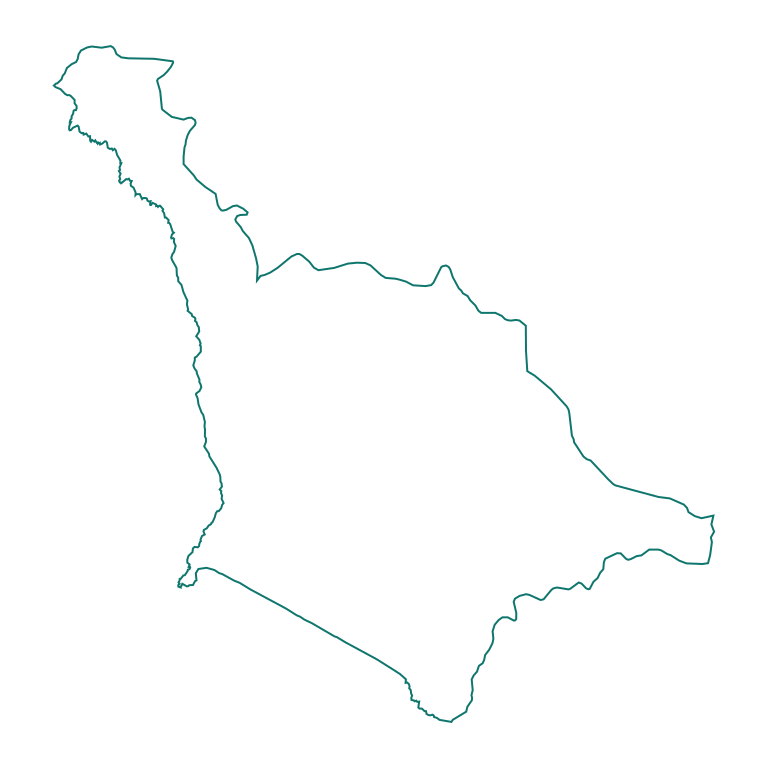 Ilo, Moquegua, Peru (orthographic projection)
{"feature_id": "86281439B75431659471329", "entity_name": "Ilo", "entity_type": "district", "adm_level": 2, "iso_a3": "PER", "parent_name": "Peru", "parent_adm1": "Moquegua", "projection": "orthographic", "projection_center": [-71.301, -17.537], "detail": "fine", "context": "isolated", "style": "outline", "palette": "teal", "viewbox_px": 768, "rotation_deg": 0, "n_neighbors": 0, "source": "geoboundaries", "source_scale": "gbopen_adm2", "svg_char_len": 6032}
<svg xmlns="http://www.w3.org/2000/svg" viewBox="0 0 768 768"><path d="M713.4,515.6L701.5,518.2L694.8,516.1L688.5,512.1L687.0,507.9L683.9,504.6L669.8,498.4L658.6,497.0L615.4,485.4L613.1,484.0L608.3,479.4L590.6,460.5L586.8,459.2L583.5,456.6L574.1,442.3L573.7,439.4L571.9,435.6L569.3,413.1L568.5,409.5L566.6,406.3L551.1,389.4L534.6,375.6L527.3,371.2L526.0,350.9L525.8,325.7L519.4,320.5L515.8,319.9L511.1,320.6L507.7,320.2L505.0,319.1L501.8,315.9L495.4,312.9L481.2,312.9L478.4,310.7L475.4,305.5L470.2,300.3L467.7,296.1L462.9,293.3L461.4,290.8L458.8,288.3L452.8,277.2L450.2,269.3L448.6,266.9L446.0,265.5L442.6,266.2L441.2,267.2L433.6,282.5L431.2,285.1L425.6,286.1L413.1,285.3L406.0,281.6L399.7,279.7L395.5,278.7L385.7,277.9L381.0,275.0L370.5,265.4L365.3,263.0L356.9,262.7L347.9,263.6L334.2,267.9L318.4,270.2L313.9,267.6L309.3,261.7L302.3,255.7L299.4,254.0L296.9,254.0L291.4,256.5L277.5,267.9L270.0,272.7L264.5,275.0L260.6,275.9L257.0,280.6L257.7,266.5L256.0,258.1L252.4,245.5L248.9,238.0L242.8,231.0L240.8,227.2L236.0,221.5L235.3,219.5L237.2,216.0L240.3,215.0L246.7,214.7L247.6,212.4L243.2,208.7L236.9,205.5L233.0,206.1L226.2,209.9L222.9,210.6L221.3,210.3L219.4,208.0L217.7,204.8L215.6,193.9L205.5,187.1L196.5,179.5L193.7,175.3L183.6,164.1L183.6,156.6L184.5,147.4L185.6,144.3L185.9,140.7L187.7,135.0L190.0,130.7L194.9,125.1L195.6,122.8L195.0,120.2L191.5,117.7L188.1,117.9L183.6,119.6L171.8,116.9L162.6,109.8L161.9,108.6L160.2,91.3L157.1,80.7L158.0,78.9L163.6,75.2L167.1,71.7L170.9,66.9L173.1,62.7L172.8,61.3L154.2,58.8L128.3,58.3L121.3,57.4L116.5,54.1L114.7,49.6L113.0,47.4L110.7,46.1L101.7,47.7L91.7,46.5L87.0,47.5L81.0,50.5L78.6,54.3L77.7,59.0L76.1,62.0L71.6,64.2L66.9,68.0L64.8,73.3L62.7,75.8L61.5,79.4L57.3,83.3L56.0,83.6L53.9,85.5L55.5,87.1L60.6,89.2L65.2,94.0L67.4,95.2L69.2,95.1L70.6,95.8L74.6,99.9L74.6,103.3L76.6,106.0L76.6,108.4L76.0,110.1L74.4,110.1L73.6,110.8L73.1,113.8L71.6,116.3L71.6,118.5L70.3,120.1L69.8,122.5L70.9,122.3L69.3,125.9L69.1,129.3L69.7,130.3L70.9,130.1L73.2,127.6L77.6,125.6L78.6,126.6L79.6,131.7L81.5,133.1L83.3,133.0L83.6,134.6L86.3,133.6L88.4,136.5L90.0,136.2L90.2,140.6L91.0,141.7L92.1,139.9L94.4,141.6L95.3,140.4L96.9,142.9L97.7,142.5L97.9,143.5L98.5,142.8L99.2,143.3L99.8,142.9L100.1,144.5L102.4,143.5L104.9,141.3L106.2,141.5L107.0,142.8L107.8,147.7L109.9,149.0L111.8,148.5L112.8,150.2L114.5,148.8L115.8,150.3L117.1,154.9L120.4,160.6L120.3,163.2L121.3,163.2L119.5,167.5L120.0,170.0L118.9,171.0L120.6,173.7L119.4,176.5L120.2,179.2L119.1,180.7L119.7,182.3L120.4,182.3L121.1,183.3L126.2,179.1L127.4,179.4L128.9,178.7L130.0,180.8L131.7,181.0L130.6,183.6L130.9,185.8L133.5,187.6L135.6,192.4L135.5,195.2L136.5,194.1L139.8,194.1L142.1,199.1L143.1,198.1L145.8,198.0L147.0,198.8L147.4,200.6L148.9,201.5L150.6,201.2L150.0,204.1L150.3,205.0L151.0,205.0L152.6,202.9L156.0,204.4L156.1,206.1L157.5,205.8L158.0,206.9L159.5,205.7L160.2,205.8L163.2,209.3L162.5,210.8L164.1,213.2L164.9,217.5L166.1,217.5L168.6,220.1L168.2,222.8L169.2,222.9L170.2,224.2L172.7,231.9L173.9,232.7L171.9,234.6L171.1,237.6L171.4,238.4L173.3,238.2L174.1,238.8L174.0,242.3L175.7,245.9L174.1,251.8L172.4,254.2L171.3,257.6L172.0,259.9L176.5,267.9L176.9,275.6L178.2,277.6L178.2,281.1L181.5,285.0L183.4,292.0L187.4,300.7L186.9,304.3L188.1,309.3L187.6,310.8L191.7,314.1L192.2,316.1L194.9,317.7L195.4,319.0L195.0,320.9L196.6,322.2L197.4,325.2L198.8,327.2L199.2,331.5L196.2,336.3L199.3,339.8L200.6,343.6L199.9,345.3L200.8,346.2L200.8,351.7L196.6,356.6L194.8,357.6L194.8,360.3L193.3,365.4L194.6,368.6L196.6,371.2L196.9,373.4L199.5,379.8L199.3,382.0L200.6,384.3L201.3,387.3L199.5,391.0L196.3,393.4L195.9,394.3L197.6,398.2L198.5,404.4L201.5,412.4L203.2,414.8L204.9,421.9L204.5,426.4L205.0,429.6L204.9,436.5L205.9,438.4L206.0,441.8L204.2,446.4L208.9,453.6L209.4,456.4L216.6,467.9L219.7,474.4L220.3,476.7L220.5,481.7L221.5,483.2L221.9,486.6L219.7,489.5L221.3,491.1L221.0,493.1L222.1,495.4L221.6,498.9L223.6,503.0L222.2,504.8L221.2,508.3L218.8,511.1L217.2,511.2L215.8,513.3L214.8,517.2L212.5,522.2L211.5,522.8L211.1,524.1L208.7,525.5L206.8,528.3L203.9,529.9L203.5,531.5L204.7,534.5L202.0,536.0L200.5,539.6L200.9,541.2L200.1,541.9L199.3,544.0L199.1,546.0L197.9,547.3L194.5,546.9L192.9,548.5L192.5,552.1L188.4,556.0L187.3,559.6L187.3,562.6L189.6,564.4L188.7,566.9L189.9,566.8L190.2,567.7L189.4,569.2L187.8,569.7L187.6,571.1L184.9,575.1L183.3,575.5L180.7,578.8L179.7,578.9L179.6,580.6L178.5,582.5L179.6,583.8L178.3,585.1L178.3,586.6L180.5,587.4L180.3,586.7L181.2,586.3L182.3,583.8L186.9,586.4L188.3,586.1L189.3,585.2L193.0,585.0L195.0,581.2L196.5,580.4L195.8,573.2L198.4,569.0L206.5,567.8L214.4,570.0L219.3,573.2L222.1,574.0L234.3,580.7L239.6,582.8L250.5,589.5L286.1,608.6L296.7,615.3L300.1,616.7L304.4,619.6L311.9,623.2L334.5,636.4L336.8,637.1L345.2,642.2L376.6,659.2L393.0,669.5L400.1,674.1L405.9,679.3L405.6,682.9L407.2,682.5L408.8,684.0L409.6,686.3L409.2,688.2L410.7,690.1L411.2,693.7L412.1,695.6L411.3,698.0L411.5,700.0L413.9,700.4L414.6,701.3L416.3,700.7L417.3,701.9L419.2,701.6L418.3,707.5L419.5,708.6L421.9,708.6L424.5,711.1L426.0,711.1L426.5,713.9L428.5,715.1L430.4,715.3L432.6,714.7L433.8,715.6L434.0,717.0L436.9,717.9L439.6,719.9L451.4,721.9L452.8,719.8L466.2,711.7L467.4,706.7L471.8,700.4L472.1,698.2L471.5,695.1L472.7,690.2L471.7,679.4L473.7,675.4L477.0,671.7L478.9,665.9L482.7,663.2L484.2,659.8L485.1,655.1L489.2,649.7L492.4,643.4L493.4,638.8L492.6,631.3L494.7,624.7L498.8,619.9L502.5,617.3L507.7,617.3L513.9,620.6L515.3,620.3L516.2,618.9L516.3,613.0L513.7,601.9L514.9,598.7L519.6,595.9L526.0,594.2L529.4,594.9L540.6,600.0L543.6,599.3L551.3,590.0L553.3,588.4L557.0,587.5L568.6,589.4L570.5,588.6L578.7,582.5L581.6,583.6L586.2,588.4L588.4,589.2L589.7,588.9L593.5,581.7L597.6,578.1L600.2,572.7L603.3,569.2L603.9,562.1L605.3,558.7L617.0,553.2L620.8,553.4L626.0,558.8L628.1,559.8L630.8,559.1L636.7,556.1L641.4,555.4L649.2,549.6L658.5,549.6L661.3,550.4L667.4,554.1L670.5,555.1L679.3,560.7L686.6,563.4L702.4,564.0L708.0,563.2L710.1,555.3L711.9,542.2L710.9,537.4L714.1,531.7L711.4,524.5L713.4,515.6Z" fill="none" stroke="#0f766e" stroke-width="2"/></svg>